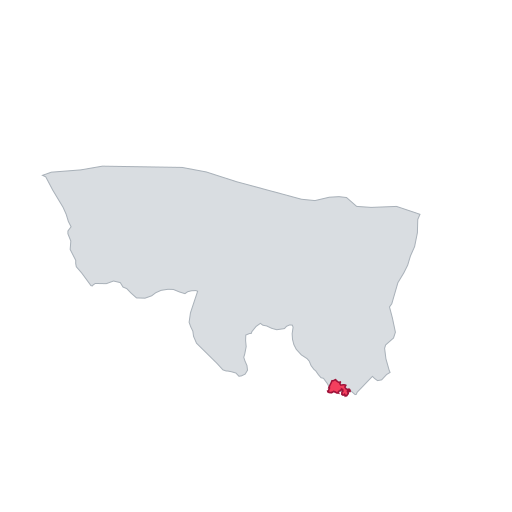 Quardu Boundi, Lofa, Liberia (highlighted), rotated 153°
{"feature_id": "62588387B13670701840793", "entity_name": "Quardu Boundi", "entity_type": "district", "adm_level": 2, "iso_a3": "LBR", "parent_name": "Liberia", "parent_adm1": "Lofa", "projection": "orthographic", "projection_center": [-9.634, 8.375], "detail": "fine", "context": "in_parent", "style": "filled", "palette": "rose", "viewbox_px": 512, "rotation_deg": 153, "n_neighbors": 0, "source": "geoboundaries", "source_scale": "gbopen_adm2", "svg_char_len": 3864}
<svg xmlns="http://www.w3.org/2000/svg" viewBox="0 0 512 512"><g transform="rotate(153 256 256)"><path d="M91.0,218.7L95.3,215.1L101.6,203.5L110.4,192.4L118.5,185.8L125.0,179.0L131.9,173.9L141.7,167.8L156.7,151.8L160.2,150.0L162.6,138.9L166.4,124.8L170.7,120.5L180.9,117.9L183.3,115.4L186.9,105.5L189.2,93.9L189.4,91.4L193.4,91.1L200.3,88.6L204.3,89.8L206.0,93.1L206.9,95.9L227.7,88.7L229.5,87.2L230.6,87.5L233.2,94.0L234.7,93.6L235.9,91.7L237.3,91.5L239.0,92.4L240.6,95.4L243.2,98.2L247.7,100.1L250.6,102.7L250.3,109.7L251.4,116.4L253.3,118.0L254.3,122.0L254.9,126.4L255.9,128.8L256.7,133.3L256.3,138.1L257.1,141.4L260.5,147.3L262.5,154.6L262.5,159.8L261.3,165.2L259.1,170.3L255.3,175.7L255.0,177.9L257.3,179.3L260.7,179.5L263.6,178.4L271.0,180.9L274.9,184.5L278.3,188.9L281.3,191.2L282.7,194.0L287.9,193.2L294.0,190.5L295.3,189.2L297.1,189.9L301.0,190.2L303.7,185.3L305.9,179.7L310.6,173.7L312.9,171.3L313.5,167.5L313.8,162.5L315.4,158.1L319.3,155.7L323.5,155.8L325.8,156.6L327.0,160.8L330.4,164.0L333.2,166.2L334.8,167.1L337.2,169.6L339.5,178.0L348.6,205.3L348.1,212.8L346.4,217.7L346.3,222.6L345.7,227.3L340.2,235.1L324.0,251.1L325.3,252.5L329.2,254.3L333.1,255.2L336.4,254.7L340.5,258.7L344.8,263.7L349.5,266.3L356.2,268.5L362.0,268.8L367.0,267.9L374.0,268.8L381.5,272.9L384.2,279.8L386.0,285.7L388.6,288.7L389.0,293.9L394.3,298.4L401.9,299.3L411.7,304.5L414.2,304.2L415.3,303.6L416.5,304.5L419.0,319.9L421.0,328.0L420.0,331.3L418.6,333.9L418.6,346.2L414.2,353.4L413.5,361.2L412.2,363.7L407.5,366.0L407.5,372.0L406.2,379.2L405.8,386.9L407.2,407.0L407.4,422.0L409.6,424.8L400.3,423.6L373.1,412.3L352.1,405.8L281.7,368.5L262.2,353.5L239.7,331.1L189.7,285.9L178.3,278.6L164.0,275.1L155.1,271.2L148.8,267.0L143.8,254.5L131.3,247.0L108.3,236.4L91.0,218.7Z" fill="#d9dde1" stroke="#a8b0b8" stroke-width="1"/><path d="M250.9,105.6L250.7,105.5L250.4,105.0L250.7,104.7L251.1,104.6L251.3,104.2L252.0,103.7L252.5,103.1L252.8,103.1L252.9,102.9L252.9,102.7L253.5,103.1L253.7,102.4L253.5,101.9L252.9,101.2L252.5,101.0L252.1,100.5L251.9,100.6L251.4,100.5L251.3,100.4L251.0,100.2L250.8,99.9L250.3,100.2L249.8,99.8L249.7,99.9L249.3,100.1L249.1,100.1L248.9,99.9L248.5,100.0L248.1,99.9L248.0,100.0L247.8,99.7L247.6,99.3L247.6,99.1L247.1,99.0L247.1,98.6L246.9,98.3L246.5,98.0L246.5,97.5L245.9,97.1L245.7,96.9L245.3,97.0L245.0,96.7L244.6,96.3L244.5,96.9L244.6,97.2L244.6,97.4L244.0,97.6L243.7,97.7L243.3,98.0L243.2,98.0L242.7,97.8L242.1,97.8L241.9,98.0L241.7,97.8L241.3,98.0L241.0,97.9L240.7,98.3L240.4,98.2L240.2,98.6L240.1,98.3L240.0,98.1L239.6,98.0L239.3,97.9L239.3,97.5L239.7,97.2L239.6,96.9L240.0,96.1L240.4,96.3L240.7,96.0L241.2,95.6L241.4,95.5L241.5,95.4L241.7,94.7L242.3,94.2L242.4,93.9L242.1,93.2L241.7,93.2L241.6,92.9L241.6,92.5L240.9,92.3L240.4,92.3L240.2,92.3L239.8,92.5L239.8,92.2L240.0,91.6L240.2,91.0L240.2,90.8L239.7,91.0L239.3,90.5L239.1,90.6L239.0,90.4L238.6,90.3L238.3,90.5L238.0,90.7L237.8,90.7L237.7,90.8L237.4,91.0L237.0,91.3L236.6,91.5L236.3,91.4L236.1,91.8L236.2,92.1L235.9,92.5L236.1,92.7L235.9,93.1L235.9,93.4L236.1,93.8L235.9,94.2L235.4,94.5L235.2,94.8L234.9,95.2L234.6,95.2L234.0,95.0L234.1,94.9L234.1,94.7L234.7,94.2L234.8,93.7L234.6,93.4L234.3,92.9L233.9,93.2L233.8,92.9L233.6,92.7L233.3,93.2L233.2,93.7L233.2,94.2L233.3,94.9L233.4,95.0L233.5,95.1L233.7,95.3L234.6,95.4L235.1,95.7L235.5,96.2L235.4,96.2L235.6,96.2L236.0,96.9L236.1,97.0L236.2,97.6L236.4,98.4L236.4,98.5L236.3,98.9L235.7,99.3L234.7,99.9L234.6,100.0L235.3,100.8L236.2,101.4L237.1,101.8L238.1,102.1L239.1,102.5L239.2,103.7L239.3,104.2L238.7,104.6L238.2,105.1L238.0,105.3L238.0,105.5L238.6,105.6L239.8,106.0L240.1,106.6L240.3,107.1L240.4,107.3L240.5,107.7L241.0,108.1L241.1,108.6L241.1,109.4L241.1,109.7L241.2,109.8L241.7,109.8L243.1,109.8L243.7,109.8L244.4,110.1L244.9,110.4L246.2,109.3L246.2,109.2L248.8,107.3L250.9,105.6Z" fill="#f43f5e" stroke="#9f1239" stroke-width="1.5"/></g></svg>